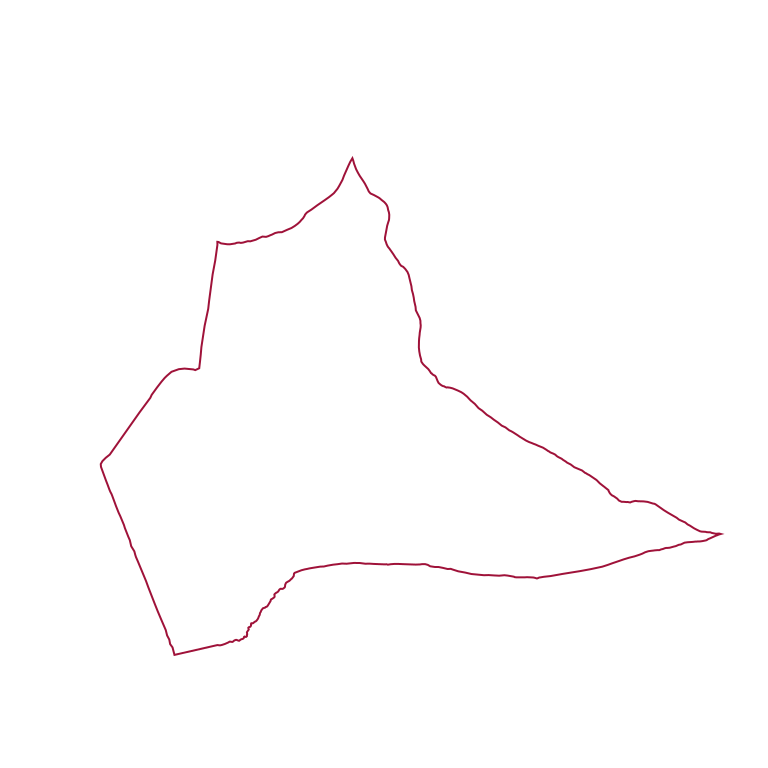 Tesseney, Gash Barka, Eritrea (Albers equal-area conic projection), rotated 347°
{"feature_id": "51966322B94022775351360", "entity_name": "Tesseney", "entity_type": "district", "adm_level": 2, "iso_a3": "ERI", "parent_name": "Eritrea", "parent_adm1": "Gash Barka", "projection": "albers", "projection_center": [36.702, 15.181], "detail": "fine", "context": "isolated", "style": "outline", "palette": "rose", "viewbox_px": 768, "rotation_deg": 347, "n_neighbors": 0, "source": "geoboundaries", "source_scale": "gbopen_adm2", "svg_char_len": 6150}
<svg xmlns="http://www.w3.org/2000/svg" viewBox="0 0 768 768"><g transform="rotate(347 384 384)"><path d="M253.6,208.0L253.0,210.9L247.3,225.8L241.7,238.6L232.4,263.4L229.6,271.3L222.3,287.0L214.4,306.9L212.0,314.3L209.5,321.5L207.5,327.1L203.2,328.0L201.5,326.9L193.1,324.1L187.4,323.4L179.7,324.3L174.4,327.1L171.6,328.8L167.7,331.7L162.1,336.3L155.2,342.3L153.2,344.9L139.6,356.5L100.9,391.1L96.3,393.3L92.3,395.8L90.0,398.3L89.6,401.1L91.4,415.6L92.0,419.7L92.7,425.2L93.1,427.5L93.7,429.7L94.0,431.5L95.0,439.3L95.4,442.6L96.5,449.8L97.3,453.4L98.9,462.9L99.1,465.9L100.5,475.3L101.2,479.0L101.2,485.2L103.1,490.9L103.2,494.4L103.4,496.8L104.2,501.1L107.8,522.4L108.6,528.9L111.2,546.8L112.4,554.6L114.1,564.3L116.0,574.7L116.1,580.2L117.3,584.7L117.1,589.3L118.7,593.1L118.9,600.8L163.0,600.9L164.8,601.6L165.6,601.8L167.4,601.8L170.5,601.5L174.2,600.8L175.6,600.3L176.4,600.5L177.0,600.8L178.2,601.2L178.8,601.1L179.9,600.5L180.6,600.2L182.2,600.0L182.8,600.2L184.4,601.3L185.1,601.6L186.9,600.8L187.6,600.6L188.9,600.6L190.0,600.2L190.5,599.5L190.8,598.9L191.3,598.7L192.5,599.4L193.0,599.3L193.8,598.7L194.0,597.5L194.4,597.1L194.5,596.2L194.5,595.4L194.9,594.7L195.8,593.9L197.0,592.8L196.9,591.1L197.5,590.6L198.5,590.5L199.2,590.4L199.9,589.7L200.2,589.1L200.4,587.9L200.9,587.3L201.7,587.4L202.2,587.7L202.9,587.5L204.5,586.6L205.4,586.5L206.3,586.1L207.7,585.0L208.6,584.1L210.0,582.0L210.6,581.5L211.2,580.5L211.5,579.6L212.0,578.9L212.6,578.4L213.5,577.0L215.6,575.3L216.5,575.2L217.7,575.2L218.4,574.7L219.1,574.7L220.2,574.4L221.6,573.1L224.6,570.0L225.3,568.6L226.1,568.3L227.0,568.1L227.5,567.8L228.2,567.6L229.3,567.0L229.7,566.2L229.8,564.5L230.3,564.0L231.9,563.2L233.4,562.8L234.3,562.3L235.8,560.8L236.9,560.3L237.5,560.3L238.4,560.7L239.1,560.8L239.7,560.7L241.4,559.9L241.9,559.3L242.6,557.3L243.6,556.0L244.0,555.6L245.7,555.0L246.9,554.7L247.9,554.3L249.8,553.1L250.4,552.9L252.8,550.9L253.7,548.5L254.5,547.9L261.7,546.9L265.2,546.8L267.6,546.9L269.8,546.9L273.2,547.1L280.7,547.6L284.4,548.3L288.3,548.3L293.8,548.6L298.0,549.1L302.7,549.5L307.1,550.7L314.5,551.6L320.2,553.0L325.3,554.9L329.5,555.8L333.5,557.0L340.8,559.0L344.5,560.0L345.9,560.2L347.1,560.9L350.0,561.1L353.3,561.6L357.3,562.5L363.1,564.1L374.3,567.1L378.4,567.9L380.8,568.1L383.6,568.8L386.0,570.1L388.0,572.0L392.3,573.7L396.0,574.6L400.0,576.4L404.4,578.6L407.4,579.1L409.3,580.3L414.2,583.2L420.7,586.0L426.4,588.8L438.4,592.8L442.9,593.7L447.9,595.2L453.1,596.7L458.3,597.4L461.4,598.5L467.3,601.0L467.7,601.5L469.3,602.1L478.0,604.1L479.9,604.4L485.9,606.1L487.2,606.7L489.3,607.9L489.8,607.8L490.9,607.7L491.5,607.5L492.1,607.5L492.7,607.6L496.3,607.8L503.0,608.6L512.7,609.1L515.0,609.2L532.6,610.4L543.6,610.9L555.6,611.1L561.4,610.6L566.4,610.0L573.4,609.3L578.0,608.8L583.8,608.4L589.4,608.3L594.8,607.8L597.6,607.4L600.5,606.7L603.9,606.4L606.4,606.6L609.1,606.9L610.4,607.0L611.8,607.2L613.2,607.4L615.0,607.8L616.7,607.5L618.6,607.5L620.7,607.2L622.1,607.2L623.4,607.5L625.6,607.8L629.9,607.6L631.8,607.6L635.0,607.0L636.5,607.1L637.2,607.1L641.1,606.2L644.3,606.5L649.2,607.3L651.9,607.6L653.3,607.9L654.4,608.0L655.5,608.3L656.7,608.5L658.9,608.7L662.5,608.8L663.3,608.7L665.2,608.0L666.6,607.8L672.9,606.5L673.7,606.4L674.7,606.3L676.3,606.0L678.4,605.9L676.9,605.1L673.7,604.6L670.0,602.9L668.4,601.8L667.7,601.7L665.2,601.0L664.1,600.4L662.1,599.8L660.3,599.3L658.8,598.6L656.3,596.6L655.1,595.6L653.6,594.3L650.2,590.8L648.2,589.1L646.4,586.7L644.4,585.2L640.9,582.5L639.1,580.2L634.6,576.0L631.6,573.2L628.2,569.8L621.5,562.3L620.5,561.5L619.2,561.0L614.4,558.2L610.6,556.8L605.2,555.4L602.8,554.5L601.4,554.4L598.8,554.5L597.2,554.8L594.9,553.8L593.4,553.5L591.7,552.9L589.0,552.2L588.1,551.5L586.7,550.4L585.4,548.1L582.7,545.1L581.1,543.8L580.0,542.2L579.4,540.9L578.8,538.7L578.8,537.9L571.9,529.3L569.5,525.4L564.9,520.4L563.5,518.9L561.9,517.6L560.9,516.5L560.0,515.9L557.5,512.8L550.7,507.9L547.8,504.4L544.7,501.8L543.6,500.4L541.4,498.2L540.3,496.8L537.4,494.4L536.2,493.2L535.0,491.4L533.4,490.0L530.7,488.1L529.3,486.5L528.9,486.3L527.4,484.6L524.6,481.8L520.3,478.8L518.1,477.1L516.4,476.0L514.6,474.7L512.3,473.2L509.7,471.1L504.5,466.0L502.6,463.9L499.0,460.2L497.4,458.7L495.6,457.3L492.6,453.6L489.4,451.1L486.3,447.1L483.0,443.5L480.5,440.4L477.2,437.1L473.8,432.2L470.7,428.8L468.0,423.8L464.8,419.6L463.9,418.1L462.2,415.1L459.4,411.4L457.5,409.4L454.5,407.0L449.9,403.7L447.2,402.3L445.9,401.9L445.5,401.6L444.1,401.5L442.8,400.5L442.1,399.8L441.0,399.3L440.0,398.5L439.6,398.1L438.6,396.9L437.4,395.2L436.9,393.2L436.2,388.8L435.9,388.1L435.5,387.4L434.3,386.4L433.4,385.5L432.8,384.3L432.3,384.0L431.5,381.7L430.5,379.4L427.6,375.2L426.5,373.4L425.5,370.9L425.4,370.4L425.7,368.4L425.5,364.4L425.7,360.2L426.2,356.2L427.7,350.2L428.5,347.5L429.7,344.2L430.4,342.0L432.4,337.1L433.0,335.0L433.2,333.0L433.7,330.6L433.6,327.7L431.6,319.4L432.1,315.9L432.1,310.0L432.4,306.6L432.5,302.8L432.3,298.8L432.7,294.9L432.6,286.1L432.6,283.1L432.3,281.5L432.1,280.2L430.6,276.7L429.1,274.2L427.3,272.7L426.4,270.9L425.9,269.5L425.4,267.2L423.7,263.7L422.2,259.4L419.6,253.0L418.9,251.7L418.5,250.6L418.0,248.4L417.8,246.0L417.4,243.5L417.9,241.5L421.1,234.2L422.7,230.5L424.6,227.2L425.7,225.4L426.1,224.3L426.4,223.3L427.2,220.3L427.4,217.8L427.2,215.5L427.3,212.5L427.0,210.6L426.3,208.8L425.2,206.8L423.1,204.2L421.5,202.0L420.3,200.8L416.8,197.7L413.7,195.3L412.5,193.0L411.9,190.1L410.5,184.6L409.6,182.0L407.2,175.8L406.3,172.9L405.5,169.9L405.1,168.1L404.4,162.6L404.3,159.6L404.0,156.9L401.2,159.8L398.5,163.2L392.0,171.9L389.4,175.8L384.9,180.9L382.6,183.3L378.1,186.8L375.5,188.1L372.3,189.6L367.7,191.5L359.3,194.8L352.6,197.7L347.6,199.5L346.4,200.3L345.2,201.2L344.4,202.3L342.4,204.3L340.4,205.6L338.4,207.1L335.9,208.5L332.7,209.9L328.9,211.2L324.1,212.0L318.7,213.1L315.1,212.4L311.9,212.4L308.6,213.2L306.5,213.5L304.6,213.9L302.2,214.1L298.7,213.0L295.2,213.7L291.5,214.6L285.8,214.9L283.4,214.2L278.5,214.5L276.2,214.3L274.7,213.6L273.3,213.4L272.0,213.3L270.7,213.6L265.2,213.2L262.5,212.5L256.8,210.3L254.7,208.4L254.2,208.2L253.6,208.0Z" fill="none" stroke="#9f1239" stroke-width="2"/></g></svg>